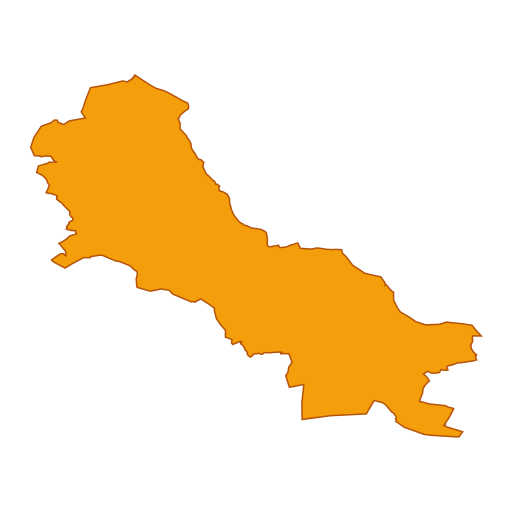 Seljord nor, Telemark, Norway (Natural Earth projection)
{"feature_id": "86288312B68880560441515", "entity_name": "Seljord nor", "entity_type": "district", "adm_level": 2, "iso_a3": "NOR", "parent_name": "Norway", "parent_adm1": "Telemark", "projection": "natural_earth1", "projection_center": [8.516, 59.573], "detail": "fine", "context": "isolated", "style": "filled", "palette": "amber", "viewbox_px": 512, "rotation_deg": 0, "n_neighbors": 0, "source": "geoboundaries", "source_scale": "gbopen_adm2", "svg_char_len": 5896}
<svg xmlns="http://www.w3.org/2000/svg" viewBox="0 0 512 512"><path d="M462.7,323.8L446.3,322.1L439.6,324.3L425.8,324.9L415.6,321.6L410.6,318.0L400.3,311.9L398.0,308.8L393.7,300.4L393.5,292.1L391.7,291.0L390.6,289.8L389.7,289.3L389.7,289.1L388.4,287.2L386.2,284.7L385.6,284.9L385.2,285.3L385.1,283.1L381.0,277.0L365.1,273.4L352.7,265.3L346.1,256.6L342.6,253.4L341.6,249.7L335.6,249.4L330.7,249.6L325.7,249.2L320.5,248.3L317.0,248.0L314.8,248.3L311.8,249.1L300.1,248.3L299.8,247.2L297.8,243.0L295.7,243.5L293.1,244.6L292.0,244.6L285.9,247.1L279.5,247.6L278.5,245.2L274.5,246.0L272.9,246.2L270.3,246.9L269.6,247.0L268.8,246.6L267.4,245.2L267.2,242.7L267.5,241.4L267.3,240.4L267.4,239.1L267.2,237.3L266.3,232.7L265.4,231.7L260.9,229.3L251.4,228.0L246.7,225.7L245.9,225.7L244.6,225.3L242.9,224.0L240.4,222.7L239.5,222.1L235.3,217.0L232.8,213.3L232.3,211.3L231.1,209.3L230.9,207.0L230.5,206.1L229.9,204.1L229.6,202.1L229.6,199.8L229.3,198.1L227.3,194.4L224.3,192.5L222.1,191.5L219.5,191.0L218.7,187.5L218.7,187.2L219.7,186.3L217.4,184.3L215.7,184.2L215.2,182.6L214.3,181.0L213.2,180.7L209.4,176.6L206.1,173.6L202.7,166.5L203.2,165.3L203.7,162.3L202.5,161.3L201.5,160.0L199.2,159.3L198.5,159.5L195.2,154.2L195.0,153.3L193.2,151.1L191.7,148.6L191.0,145.9L191.1,144.2L189.4,140.4L187.6,138.5L186.3,135.6L180.1,128.9L180.1,123.0L179.1,121.0L178.1,118.5L179.5,117.4L180.1,115.2L184.7,111.3L188.4,108.8L188.7,106.4L187.8,103.2L182.0,100.4L170.3,93.8L163.8,90.6L156.5,88.5L153.0,86.7L149.1,84.4L134.9,75.0L134.2,75.8L134.4,76.2L134.8,76.4L134.5,76.8L133.1,77.2L132.6,78.0L132.8,78.3L132.5,78.4L132.5,78.7L131.6,79.1L131.6,79.6L129.4,80.3L127.7,81.9L122.5,81.0L107.7,84.7L90.5,87.7L85.8,99.5L82.6,109.2L81.2,111.9L85.4,118.0L69.3,120.9L65.0,123.7L64.1,124.6L57.8,122.2L57.5,120.3L54.5,120.0L51.3,122.6L41.3,126.3L34.0,137.3L30.7,147.3L34.0,154.9L34.5,155.8L36.9,155.7L39.7,156.1L41.2,156.8L41.8,156.6L43.0,156.5L45.5,155.9L46.5,156.1L48.4,156.1L51.3,156.4L51.5,156.6L51.5,157.0L51.7,157.3L51.7,157.8L52.0,158.2L52.6,158.4L52.6,158.9L53.3,159.4L53.4,160.1L53.6,160.5L54.6,161.0L55.0,161.6L55.8,161.6L56.3,161.8L55.9,162.1L53.0,162.2L52.1,162.5L51.6,162.3L49.0,162.1L48.3,163.0L38.4,166.0L36.6,172.4L42.6,175.5L45.3,178.2L47.0,180.3L47.5,182.5L49.4,185.4L48.1,188.3L47.7,189.8L47.3,190.2L46.1,192.6L48.4,193.4L50.7,193.3L53.3,194.5L55.4,194.9L56.3,195.3L56.6,196.0L57.1,196.3L57.3,196.7L57.0,197.0L57.3,197.1L57.3,197.3L57.0,197.4L56.9,197.8L56.7,198.1L56.8,198.4L56.6,198.6L56.6,199.1L58.1,200.4L59.3,200.9L59.3,201.5L61.3,202.5L64.1,205.8L66.7,208.4L70.0,211.9L69.6,213.8L70.2,215.7L73.0,218.5L72.8,218.8L72.9,220.1L72.7,220.5L71.2,220.9L71.0,221.2L70.0,221.7L69.3,221.8L68.9,222.7L69.2,223.3L68.8,223.6L68.7,224.2L67.7,225.2L67.5,225.7L67.0,225.9L67.0,226.2L66.7,226.6L66.6,226.8L67.0,227.3L66.7,227.8L66.9,228.2L66.3,228.9L67.1,229.0L67.4,229.6L69.0,229.9L69.6,229.8L70.5,230.0L70.6,230.4L73.8,230.7L75.3,230.4L75.8,233.1L76.4,233.9L70.0,235.9L69.0,236.6L66.7,238.8L63.6,241.0L62.6,241.6L58.9,243.4L60.5,244.8L62.1,247.2L64.9,250.3L65.9,252.5L65.7,253.8L65.8,255.4L66.1,256.3L63.5,253.7L60.6,253.8L57.6,255.6L53.4,258.7L51.6,259.7L52.5,261.2L55.5,263.0L65.1,268.1L71.8,263.9L83.8,257.6L90.2,257.7L90.7,256.6L98.8,255.3L102.1,255.2L115.7,261.0L118.4,261.3L121.2,262.2L129.2,265.4L131.5,267.0L132.9,268.7L136.8,271.5L137.1,271.9L137.3,274.3L136.9,276.3L136.2,278.5L136.7,285.7L137.0,286.9L137.3,287.4L150.2,291.2L160.9,289.0L168.9,290.2L173.0,294.2L191.4,301.9L193.3,301.6L195.1,302.1L197.6,300.5L200.7,299.0L209.6,304.6L214.5,308.3L214.3,310.4L216.5,318.9L220.5,324.6L225.5,330.3L225.4,337.1L229.4,338.5L232.0,339.9L231.5,343.1L232.8,344.4L238.9,342.0L241.1,341.4L241.8,342.0L241.1,342.5L240.6,343.6L242.8,345.4L244.7,348.4L244.8,349.6L246.6,351.1L247.2,352.8L247.4,354.6L250.2,357.1L252.8,355.4L252.8,354.9L253.1,354.6L253.0,354.4L255.0,353.7L256.2,353.9L256.7,353.7L258.4,353.3L260.8,354.1L262.5,354.3L262.9,353.6L264.2,352.6L270.6,352.8L274.0,352.3L279.9,352.1L282.0,352.3L281.7,352.8L280.8,353.4L280.8,353.8L285.5,353.6L288.9,353.8L290.1,356.8L292.1,362.4L288.7,367.2L288.2,370.8L287.7,372.8L285.7,375.7L289.4,387.3L303.8,384.5L301.9,402.8L302.1,419.5L330.4,415.7L366.3,413.9L373.5,401.6L374.3,400.5L382.9,402.8L386.2,405.4L390.4,410.5L390.9,410.9L391.3,411.8L392.1,412.1L393.6,413.1L394.4,414.1L394.6,414.6L395.1,415.3L395.2,415.7L396.0,416.4L396.3,417.5L396.1,418.0L395.4,418.9L395.6,419.3L396.2,419.9L396.5,420.5L396.5,421.1L396.3,421.4L396.0,421.5L404.6,427.4L424.1,434.4L431.5,435.3L458.8,437.0L462.7,431.9L460.2,431.0L447.4,427.1L444.7,426.0L444.8,425.9L444.8,425.6L444.2,425.2L445.2,425.0L445.2,424.4L445.4,424.0L445.0,423.6L445.4,423.4L445.6,422.8L445.5,422.6L446.5,421.5L448.8,418.1L453.5,409.4L453.7,409.0L453.4,408.5L452.4,408.4L452.1,408.1L450.9,407.7L447.7,407.1L445.7,405.7L429.7,404.0L419.4,401.3L422.5,393.2L422.8,390.6L423.2,388.4L424.1,387.1L424.3,386.3L425.5,384.8L427.9,382.1L429.4,381.1L427.7,378.2L426.2,376.4L423.4,373.8L428.1,371.2L430.1,372.7L431.8,373.1L435.0,373.2L439.4,372.5L440.0,371.7L441.0,369.6L441.5,369.3L442.8,370.1L445.9,370.3L447.9,370.0L447.7,369.0L446.6,367.7L446.6,367.3L446.7,367.1L446.9,367.1L447.2,366.4L448.3,365.8L449.4,365.7L449.6,365.2L449.8,365.0L451.9,365.2L452.1,365.1L452.1,364.8L454.8,364.0L455.8,363.5L457.1,363.1L458.8,362.7L461.4,362.7L473.2,360.9L476.6,359.9L476.0,358.3L475.8,357.1L475.9,356.5L475.4,355.9L476.4,355.2L476.6,354.9L475.7,354.3L475.5,353.9L474.7,353.4L473.5,352.0L473.5,351.7L472.9,351.4L472.2,349.9L471.8,349.5L471.7,349.1L471.2,348.4L471.1,348.2L471.3,348.0L471.0,347.1L471.0,346.5L470.7,346.0L471.0,345.8L471.1,345.6L470.9,345.2L471.0,344.8L470.9,344.3L471.7,343.5L471.9,342.7L472.4,342.0L472.4,341.6L472.6,341.2L472.6,340.3L472.4,340.0L472.7,339.3L472.4,338.7L472.4,337.6L472.4,337.1L472.7,336.9L472.8,336.3L472.6,335.9L481.3,336.0L475.7,329.9L472.1,325.3L462.7,323.8Z" fill="#f59e0b" stroke="#b45309" stroke-width="1.5"/></svg>